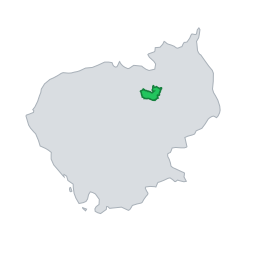 Siem Bouk, Stœng Trêng, Cambodia (highlighted), rotated 346°
{"feature_id": "14789045B16861695729461", "entity_name": "Siem Bouk", "entity_type": "district", "adm_level": 2, "iso_a3": "KHM", "parent_name": "Cambodia", "parent_adm1": "Stœng Trêng", "projection": "mercator", "projection_center": [105.84, 13.315], "detail": "fine", "context": "in_parent", "style": "filled", "palette": "green", "viewbox_px": 256, "rotation_deg": 346, "n_neighbors": 0, "source": "geoboundaries", "source_scale": "gbopen_adm2", "svg_char_len": 5744}
<svg xmlns="http://www.w3.org/2000/svg" viewBox="0 0 256 256"><g transform="rotate(346 128 128)"><path d="M221.0,48.0L221.6,50.0L220.0,54.0L218.4,57.5L215.4,60.6L215.2,62.9L214.2,69.7L214.6,71.9L215.3,73.7L216.3,74.7L218.9,81.4L221.3,87.4L223.7,92.4L224.1,95.5L222.0,103.4L219.4,110.7L219.6,114.4L220.7,118.0L221.9,122.8L222.3,129.0L221.7,133.0L220.5,135.5L218.3,138.1L216.4,139.4L214.1,137.2L212.3,137.1L209.8,137.8L207.9,138.8L204.0,142.6L199.6,146.2L193.5,147.2L191.2,149.9L188.7,150.3L183.9,150.4L180.8,151.0L180.9,152.4L180.7,158.8L180.7,160.3L180.3,160.7L178.1,160.9L174.4,160.0L169.5,158.4L166.0,158.1L164.1,160.9L163.1,162.0L161.7,162.2L160.3,162.7L159.9,163.9L159.7,165.5L160.4,168.2L160.7,172.4L160.5,175.3L161.8,177.2L169.4,183.3L171.6,184.9L171.8,185.8L170.5,189.1L171.7,193.8L169.3,193.7L165.4,191.7L163.5,190.5L161.2,191.5L160.4,191.3L158.9,189.0L156.8,186.6L154.7,186.5L150.3,187.4L145.8,188.0L144.1,188.0L143.4,188.5L140.8,192.0L139.7,191.4L135.2,190.0L131.0,189.5L130.2,190.4L130.7,193.3L131.6,196.1L131.0,197.3L128.8,198.8L125.8,201.4L123.9,203.5L122.6,204.0L118.1,203.9L113.5,204.2L111.7,206.1L110.0,207.6L108.5,208.0L102.5,203.2L90.7,201.5L89.4,199.4L88.3,199.0L87.2,201.8L80.7,204.4L78.0,202.8L76.0,200.9L76.3,198.5L78.1,196.6L81.4,195.2L82.9,190.3L80.4,184.1L78.3,182.2L76.0,180.8L73.6,183.1L71.6,187.1L69.5,189.1L66.5,189.6L62.2,189.4L60.5,183.5L59.9,178.4L60.5,172.6L61.2,169.2L57.0,164.4L56.8,159.9L54.7,157.5L54.1,158.7L54.2,160.0L53.6,159.1L47.0,145.8L45.9,139.6L47.1,134.8L47.7,133.2L45.8,130.7L43.1,127.9L38.4,124.2L38.1,118.3L37.0,111.3L35.6,108.9L33.4,104.6L32.3,101.1L31.9,91.7L32.5,90.9L35.8,90.6L40.1,90.0L40.8,88.4L40.0,87.2L42.8,85.0L46.7,80.4L49.8,75.5L52.0,72.4L53.3,69.3L57.7,65.0L63.9,62.0L68.0,61.3L72.3,60.2L76.5,58.8L78.4,58.6L83.6,60.4L86.4,60.9L89.3,60.8L92.3,61.0L95.0,60.8L101.3,59.6L108.0,60.6L113.9,59.8L121.3,58.4L125.0,59.3L128.3,60.7L128.7,63.6L129.5,64.9L130.6,65.9L132.1,65.9L133.9,63.9L135.5,61.8L136.0,61.5L136.1,62.5L136.9,64.7L138.3,66.9L139.7,68.4L142.1,70.3L143.6,70.4L148.7,68.6L156.3,71.3L157.2,72.6L159.6,75.3L162.3,77.3L168.2,77.4L170.3,72.6L169.3,69.7L165.9,64.6L165.0,61.6L166.0,61.0L171.7,60.5L172.7,59.9L173.9,56.6L175.5,56.9L178.6,57.4L182.0,55.1L184.0,52.7L185.1,53.8L186.2,55.5L187.5,56.5L189.9,57.9L192.6,59.9L194.2,61.9L195.6,62.6L199.0,62.1L199.9,62.2L201.8,59.8L203.2,58.5L204.4,58.8L206.1,58.8L209.6,55.8L211.7,53.0L212.8,52.2L215.9,53.6L217.2,53.3L219.0,49.5L221.0,48.0ZM58.3,175.7L57.6,176.0L57.0,176.0L56.4,175.5L56.4,173.3L56.9,172.0L57.9,171.8L58.3,175.7ZM68.2,196.7L66.8,198.1L64.7,195.1L64.7,194.3L68.2,196.7Z" fill="#d9dde1" stroke="#a8b0b8" stroke-width="1"/><path d="M150.8,103.3L151.3,103.2L151.4,103.3L151.6,103.3L151.7,103.5L151.9,103.6L152.6,103.8L153.0,103.9L153.3,104.1L153.6,104.2L154.3,104.1L154.6,104.1L155.0,104.3L156.1,104.9L156.1,105.0L156.4,105.0L156.5,105.1L156.7,105.4L156.8,105.6L157.4,106.0L157.9,106.3L158.0,106.4L158.3,106.8L158.5,106.9L158.7,107.0L158.9,107.1L159.0,107.1L159.4,107.2L159.5,107.2L159.6,107.3L159.8,107.2L159.9,107.4L160.1,107.5L160.4,107.6L160.6,107.6L160.8,107.6L160.9,107.4L161.1,107.6L161.3,107.4L161.5,107.3L161.6,107.2L161.8,107.2L162.0,107.1L162.0,106.9L162.3,106.8L162.2,106.8L162.3,106.7L162.5,106.7L162.5,106.8L162.7,106.7L162.8,106.6L163.0,106.6L163.3,106.4L163.5,106.3L163.7,106.2L163.8,106.2L163.7,106.1L163.7,105.9L163.8,105.8L163.8,105.7L164.0,105.5L164.0,105.4L164.2,105.2L164.3,104.9L164.3,104.7L164.4,104.8L164.4,104.7L164.5,104.5L164.5,104.3L164.4,103.9L164.5,103.4L164.6,103.2L165.1,103.4L165.4,103.5L165.6,103.7L165.7,103.8L165.9,103.8L166.1,103.8L166.4,103.5L166.6,103.4L166.6,103.2L166.6,102.9L166.7,102.7L166.6,102.4L166.7,102.2L166.8,102.1L166.9,101.9L166.9,101.7L167.0,101.6L167.1,101.4L167.3,101.4L167.5,101.2L167.4,101.0L167.5,100.8L167.8,100.8L167.8,100.7L167.9,100.4L168.0,100.3L168.0,100.2L168.3,100.1L168.3,99.9L168.4,99.7L168.5,99.7L168.6,99.4L168.8,99.3L168.8,99.2L168.8,98.9L168.7,98.8L168.7,98.7L168.8,98.7L169.0,98.6L169.3,98.4L169.5,98.4L169.7,98.2L169.8,98.2L170.0,98.1L170.2,97.5L170.2,97.3L170.2,97.1L169.9,97.0L169.8,96.9L169.7,96.9L169.0,97.0L168.8,97.0L168.5,97.1L168.1,97.3L167.6,96.8L167.4,96.6L166.6,95.8L166.1,95.3L166.0,95.1L165.8,94.8L165.7,94.8L165.6,94.7L165.4,94.7L165.2,94.9L164.7,95.0L163.7,95.1L163.4,94.8L163.2,94.4L163.1,94.0L163.0,93.2L163.1,92.9L163.2,92.6L162.9,92.9L162.7,93.1L162.0,94.0L161.9,94.4L161.7,95.5L161.6,95.8L161.3,96.1L160.9,96.5L160.8,96.8L160.7,97.0L160.7,97.4L160.8,97.8L161.0,98.0L162.2,98.5L161.9,98.6L161.7,98.6L161.4,98.7L161.1,99.1L160.8,99.2L160.7,99.3L160.6,99.5L160.4,99.6L160.1,99.7L159.9,99.7L159.7,99.6L159.4,99.5L159.2,99.4L159.1,99.2L159.0,98.9L158.8,98.8L158.7,98.8L158.6,98.7L158.4,98.3L158.3,98.2L158.0,98.2L157.9,98.1L157.9,97.9L157.7,97.8L157.6,97.7L157.4,97.6L157.2,97.5L156.9,97.4L156.7,97.2L156.5,97.3L156.5,97.2L156.4,97.2L156.2,97.1L155.9,97.0L155.9,96.9L155.7,96.8L155.6,96.7L155.4,96.4L155.2,96.3L155.1,96.2L154.9,96.2L154.7,96.1L154.5,95.9L154.4,95.9L154.4,96.0L154.2,96.0L154.0,95.9L153.9,95.9L153.7,95.7L153.8,95.7L153.7,95.6L153.5,95.4L153.4,95.3L153.4,95.2L153.3,94.9L153.2,94.8L153.1,94.7L152.9,94.5L152.8,94.4L152.8,94.5L152.5,94.3L152.5,94.2L152.4,94.2L152.1,94.0L151.9,94.2L151.8,94.3L151.7,94.3L151.5,94.5L151.2,94.7L151.2,94.8L150.9,94.8L150.7,94.9L150.4,94.9L150.1,95.0L149.9,95.0L149.5,95.1L149.2,95.1L149.0,95.3L149.2,95.5L149.2,95.9L149.2,96.1L149.2,96.3L149.4,96.5L149.4,96.9L149.4,97.0L149.4,97.3L149.4,97.5L149.3,97.8L149.2,98.1L149.3,98.5L149.4,98.9L149.3,99.0L149.2,99.2L149.3,99.4L149.4,99.6L149.4,99.8L149.3,100.1L149.4,100.4L149.4,100.5L149.4,100.8L149.4,101.2L149.3,101.3L149.3,101.5L150.0,101.8L150.7,102.5L150.8,102.8L150.8,103.3Z" fill="#22c55e" stroke="#15803d" stroke-width="1.5"/></g></svg>